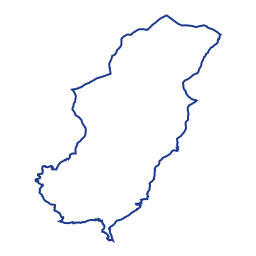 Repedea, Maramures, Romania
{"feature_id": "2599482B52197218257293", "entity_name": "Repedea", "entity_type": "district", "adm_level": 2, "iso_a3": "ROU", "parent_name": "Romania", "parent_adm1": "Maramures", "projection": "equal_earth", "projection_center": [24.385, 47.886], "detail": "fine", "context": "isolated", "style": "outline", "palette": "blue", "viewbox_px": 256, "rotation_deg": 0, "n_neighbors": 0, "source": "geoboundaries", "source_scale": "gbopen_adm2", "svg_char_len": 5736}
<svg xmlns="http://www.w3.org/2000/svg" viewBox="0 0 256 256"><path d="M113.0,240.6L111.8,237.6L111.6,235.8L109.9,232.4L109.8,231.5L110.1,230.5L109.9,229.6L109.7,229.2L109.0,229.0L109.0,228.4L110.1,227.6L110.5,226.6L112.2,225.9L114.2,224.2L115.2,223.0L115.7,221.8L116.6,220.8L121.1,219.6L121.9,219.1L122.8,218.8L124.8,217.2L125.6,217.1L127.0,216.2L128.8,215.3L131.3,213.1L132.5,212.2L133.7,211.7L134.3,211.1L134.9,210.7L136.9,209.8L137.4,209.3L137.3,209.0L137.8,209.0L138.6,208.1L139.5,207.7L139.9,207.0L140.2,206.9L140.1,206.2L140.5,205.8L140.2,205.6L140.3,204.8L136.6,204.7L136.6,204.3L135.9,203.8L136.1,203.6L136.8,204.0L138.4,204.1L138.7,204.0L138.4,203.6L138.5,203.5L141.4,203.4L141.4,203.0L141.0,202.8L140.7,202.3L141.5,201.4L141.6,200.2L141.1,199.8L141.4,199.6L143.3,199.4L144.0,199.0L145.3,199.2L147.3,199.0L147.2,198.1L147.7,197.6L147.5,197.0L148.2,196.5L148.2,196.3L147.5,194.8L147.0,194.3L147.5,193.3L147.6,192.4L148.0,192.1L148.1,191.5L149.2,190.2L149.7,189.0L149.5,187.9L149.7,187.5L150.0,185.2L149.9,184.6L149.6,184.3L149.5,183.6L150.1,182.6L152.4,181.1L153.4,179.7L154.2,179.0L153.8,177.7L154.3,176.8L154.5,176.0L154.7,171.0L155.2,170.0L154.7,168.6L155.1,168.2L155.4,167.3L156.0,166.5L158.0,165.5L158.3,165.2L159.0,164.0L159.4,162.8L159.3,161.4L159.9,160.6L161.0,160.0L161.9,159.3L162.2,158.5L162.6,157.9L166.7,156.1L170.0,154.0L170.6,153.4L170.9,152.7L171.4,151.9L173.2,150.3L175.0,150.4L176.5,150.9L177.5,150.7L177.4,150.2L178.0,149.5L177.1,149.2L176.7,147.8L177.6,147.9L178.1,147.5L178.2,147.2L177.1,145.3L177.3,143.2L177.7,142.8L177.4,141.8L177.0,138.9L177.4,138.4L180.8,136.1L184.7,131.3L185.4,129.9L185.9,128.3L186.0,127.2L185.6,124.6L185.7,122.5L186.1,121.7L187.6,120.2L188.1,119.3L188.0,116.1L188.5,114.3L188.0,111.5L187.9,110.3L187.6,109.7L187.8,108.6L187.8,107.2L188.1,106.7L188.8,106.2L189.0,105.5L189.3,105.2L191.2,104.3L195.6,101.6L196.7,100.6L195.6,100.1L192.8,99.5L191.0,98.6L189.7,97.4L188.6,96.7L186.2,93.7L186.0,93.3L186.0,92.5L185.8,92.0L185.8,91.4L184.0,89.2L183.4,87.3L183.3,84.6L182.9,83.5L183.0,82.9L184.5,80.8L186.0,79.9L187.1,79.6L190.6,77.3L193.5,74.7L195.3,73.8L196.9,73.5L198.1,72.4L199.2,69.1L201.3,65.5L201.4,63.6L201.9,62.0L203.1,59.9L204.1,56.9L204.6,56.7L205.2,56.1L205.8,55.0L205.9,54.1L208.0,52.8L208.7,50.6L209.9,49.2L210.5,48.2L211.3,47.5L213.2,46.5L214.2,45.1L216.5,43.9L217.8,42.3L217.8,42.0L217.7,41.1L217.9,40.1L218.1,40.2L218.3,39.9L218.4,39.0L218.6,39.0L218.7,39.3L219.3,38.7L219.1,38.2L219.5,37.6L219.6,36.1L220.4,34.8L220.1,34.8L218.3,32.9L213.4,29.6L207.6,27.6L207.3,26.9L206.7,26.3L203.9,25.3L197.6,26.6L196.8,27.0L195.8,27.1L192.3,26.0L185.9,25.3L182.0,25.5L178.1,23.8L166.7,15.4L163.0,17.1L159.5,19.1L155.5,22.6L152.4,24.9L149.3,28.1L147.4,29.8L146.0,29.6L145.8,29.7L143.5,29.2L139.6,29.2L137.2,30.1L134.6,31.9L133.2,32.7L130.8,34.9L129.4,34.6L127.0,34.6L123.2,36.9L121.4,38.9L121.4,44.8L120.0,47.3L117.2,50.1L115.9,53.2L114.8,54.7L112.1,56.0L111.5,58.8L109.1,64.1L109.5,66.4L109.4,67.2L110.0,68.2L109.9,69.1L110.5,73.2L110.5,73.8L100.9,77.2L97.0,78.2L91.5,81.5L90.6,81.7L89.1,83.0L87.7,83.3L84.8,84.6L81.3,87.1L78.3,88.1L77.8,88.5L72.1,89.6L72.8,90.4L73.2,90.6L74.1,91.8L75.9,96.0L75.0,101.9L74.1,103.0L73.6,104.2L73.5,105.9L73.3,106.7L72.3,108.8L72.3,109.1L74.6,112.4L75.4,114.4L75.4,115.1L79.0,117.3L81.3,119.8L82.6,123.7L85.6,128.1L85.8,129.7L85.6,132.9L85.5,133.9L84.5,136.7L81.7,139.1L80.5,140.9L77.7,142.8L77.4,143.4L77.5,143.8L77.2,144.1L77.2,144.7L76.8,145.3L76.8,146.1L76.1,147.1L75.5,148.8L75.5,151.2L75.7,153.5L72.8,153.5L71.8,153.8L71.0,154.2L70.2,155.0L69.8,155.1L70.0,156.8L69.9,157.3L68.8,158.6L68.4,159.3L68.1,159.0L67.5,158.7L66.9,158.8L65.6,160.3L65.0,159.8L64.4,160.1L64.2,160.5L60.6,162.4L58.5,164.8L57.7,166.5L57.1,167.4L56.8,168.5L56.3,169.5L54.7,169.3L53.4,169.5L52.3,169.2L52.7,168.8L52.4,168.4L52.8,168.3L52.9,167.6L52.6,166.9L51.5,166.0L50.4,166.1L50.3,166.3L50.4,166.5L49.4,166.5L47.7,167.3L47.0,167.0L46.1,167.1L45.7,167.0L45.4,166.3L44.9,165.9L43.9,166.3L43.4,166.1L42.7,166.4L42.5,166.6L42.3,168.7L42.1,169.2L42.4,169.4L42.5,170.1L43.0,170.8L42.6,171.6L42.4,173.4L42.0,173.8L41.3,173.9L40.9,173.7L39.7,174.1L38.2,174.1L37.9,174.7L38.0,175.4L40.2,176.8L39.9,178.2L38.7,178.7L37.8,178.7L36.8,179.2L35.9,179.3L35.6,179.6L35.6,180.4L35.8,181.1L36.1,181.3L36.9,181.0L37.1,180.7L37.7,180.6L38.2,181.1L38.0,181.3L37.5,181.2L37.2,181.6L38.0,182.0L38.4,182.9L39.5,183.5L41.5,185.0L41.8,185.0L42.5,184.5L42.8,184.7L42.9,185.3L42.7,185.9L41.8,186.5L40.6,187.9L40.2,188.6L39.8,188.8L39.7,189.5L40.0,190.3L39.8,191.0L39.9,191.7L39.5,192.5L40.1,193.4L41.3,194.3L42.0,195.0L41.9,195.8L43.1,196.7L43.2,198.0L43.5,198.6L45.2,200.9L47.6,202.1L50.2,204.0L51.3,204.5L52.2,204.7L53.8,204.7L55.0,205.0L55.2,205.6L54.9,206.6L54.9,207.2L54.5,207.5L54.8,208.2L54.5,209.9L54.3,210.1L54.3,210.3L55.0,210.8L57.4,211.6L58.3,212.7L59.4,212.9L61.6,217.3L63.2,217.2L63.1,218.6L62.4,219.3L62.0,220.2L61.2,220.7L59.6,221.3L61.0,221.8L62.5,222.0L64.6,223.0L65.4,223.1L66.5,223.0L68.5,223.2L72.8,222.1L73.1,222.4L73.0,222.9L73.3,223.3L73.7,223.4L75.6,222.5L77.1,222.7L78.4,222.6L78.7,222.4L81.0,222.9L82.6,222.0L84.5,222.2L87.4,220.8L89.9,220.1L92.2,219.9L94.9,220.4L95.8,219.2L96.2,219.3L96.4,219.8L97.0,219.6L97.3,219.9L98.5,218.8L99.1,219.2L99.6,219.9L99.3,220.5L100.2,220.4L100.1,220.8L100.2,221.1L101.5,221.5L102.1,221.1L102.2,222.7L103.0,223.6L103.1,224.0L103.0,224.4L103.7,224.7L104.5,226.1L104.2,227.7L104.2,228.3L103.7,228.8L103.3,229.4L102.6,229.7L102.3,230.3L102.3,231.8L104.3,232.1L105.0,233.0L105.7,233.1L106.4,233.5L108.2,235.6L108.6,236.6L108.0,236.8L107.8,237.1L107.5,237.3L107.1,238.4L107.5,239.0L108.0,238.9L108.6,239.3L108.7,240.1L108.8,240.3L110.1,240.2L109.8,239.9L110.5,239.7L112.2,240.1L113.0,240.6Z" fill="none" stroke="#1e3a8a" stroke-width="2"/></svg>